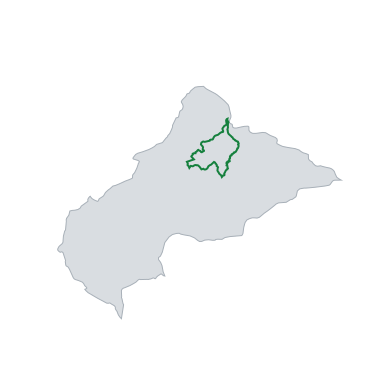 Ouadda, Haute-Kotto, Central African Republic shown in context, rotated 342°
{"feature_id": "33826404B85937091100445", "entity_name": "Ouadda", "entity_type": "district", "adm_level": 2, "iso_a3": "CAF", "parent_name": "Central African Republic", "parent_adm1": "Haute-Kotto", "projection": "mercator", "projection_center": [22.72, 8.057], "detail": "fine", "context": "in_parent", "style": "outline", "palette": "green", "viewbox_px": 384, "rotation_deg": 342, "n_neighbors": 0, "source": "geoboundaries", "source_scale": "gbopen_adm2", "svg_char_len": 6841}
<svg xmlns="http://www.w3.org/2000/svg" viewBox="0 0 384 384"><g transform="rotate(342 192 192)"><path d="M262.3,145.8L265.6,146.7L266.2,147.7L265.2,151.0L265.9,153.1L267.7,154.9L269.6,155.6L271.4,156.1L277.7,157.2L280.4,158.4L283.8,162.3L288.1,165.9L289.2,167.7L289.0,169.5L287.7,171.5L287.9,172.4L289.9,174.5L292.2,176.6L296.4,179.0L303.6,182.7L306.9,185.2L308.0,187.0L309.9,189.1L312.5,190.9L314.2,192.4L313.0,196.5L313.4,197.8L314.0,198.9L315.5,200.5L316.1,202.6L317.6,205.2L319.4,206.3L322.4,206.8L324.0,208.0L327.2,210.0L330.4,211.8L331.8,213.0L332.6,214.1L333.3,215.3L333.7,216.6L333.8,219.4L334.3,222.8L336.0,225.1L337.6,226.8L331.1,224.8L330.1,224.8L329.0,225.1L325.6,227.6L324.5,227.9L320.3,227.4L310.0,225.4L302.0,223.6L299.7,222.9L295.4,222.3L292.6,223.5L290.0,227.9L289.2,228.7L285.1,230.0L283.2,229.7L278.4,230.9L271.0,229.1L268.4,229.4L266.3,230.3L261.0,232.3L257.8,233.4L254.1,234.5L250.5,236.0L248.1,236.9L245.8,236.9L243.7,236.0L241.4,235.2L238.6,235.1L235.7,235.5L233.3,237.2L232.3,238.5L230.2,241.8L227.7,247.1L226.7,248.2L225.8,248.8L214.2,246.1L209.3,245.5L205.9,246.3L201.7,244.8L199.9,244.5L199.0,245.0L196.7,244.3L192.9,242.5L189.2,241.7L185.9,242.0L183.9,241.4L182.3,239.6L180.2,236.4L176.5,233.1L171.5,230.5L168.3,228.6L167.1,227.3L164.4,226.6L160.2,226.4L156.2,227.7L150.5,231.7L145.2,240.0L142.2,243.2L139.9,244.0L139.3,246.0L140.4,249.2L140.7,252.8L139.9,259.0L140.2,263.5L139.0,262.8L137.7,260.7L137.2,260.3L133.7,261.2L131.8,262.1L130.9,262.9L130.1,263.1L129.0,261.9L128.1,261.7L126.8,261.9L125.4,261.9L124.4,261.7L123.8,261.8L122.2,261.2L116.1,259.4L115.1,258.8L113.9,258.9L110.8,260.4L109.1,260.8L104.1,261.8L98.8,262.2L96.7,262.3L95.3,262.9L94.4,263.9L92.8,269.6L92.3,270.6L92.4,272.0L91.9,276.6L92.1,278.1L85.7,290.7L84.7,288.6L84.0,286.1L83.8,283.3L83.9,282.5L83.5,281.7L83.0,279.4L83.5,277.9L83.1,276.3L81.8,274.8L80.7,273.6L80.0,272.6L79.5,272.1L78.2,272.0L76.6,271.4L69.5,264.0L62.1,255.7L60.6,253.0L60.0,251.4L61.8,251.3L62.2,251.0L62.3,250.2L61.1,248.1L60.6,245.4L59.7,243.7L56.8,241.2L54.0,239.2L53.1,238.2L52.6,236.8L51.6,227.8L51.1,225.3L50.2,224.1L49.6,223.6L49.4,223.0L49.5,221.4L49.9,219.9L49.8,219.4L50.6,218.1L50.6,209.8L49.7,208.6L48.0,208.6L47.1,207.4L46.4,205.9L46.6,204.8L48.2,203.1L49.3,202.4L52.4,201.1L53.3,200.4L53.9,199.6L54.3,198.5L56.1,194.2L58.8,189.9L60.0,189.0L62.7,182.7L63.4,181.1L63.8,179.5L64.7,178.2L67.7,176.0L70.0,172.3L72.4,172.5L74.9,173.1L78.1,173.4L80.7,172.7L82.3,171.2L90.1,168.7L90.7,166.7L91.9,165.6L93.4,164.7L93.9,164.6L94.0,165.2L94.8,167.3L96.6,169.4L99.2,171.7L100.0,171.5L101.6,169.8L105.7,168.7L106.7,168.3L109.6,165.7L113.1,164.1L115.1,163.5L118.6,161.9L121.2,162.1L125.2,161.8L131.9,161.0L136.7,160.8L139.2,160.5L139.8,160.1L140.7,157.7L141.5,157.0L143.3,156.0L146.9,152.3L149.2,149.2L149.9,148.1L150.4,147.9L151.4,146.6L150.4,145.3L146.4,142.5L146.5,142.2L146.2,141.7L146.5,141.3L148.0,140.2L150.0,138.9L152.2,138.4L158.0,138.5L162.8,138.3L164.0,138.3L167.8,137.7L170.4,137.1L173.0,135.8L179.1,135.9L184.1,132.6L185.6,132.0L186.2,131.4L186.4,130.9L188.8,129.6L191.4,126.8L193.5,124.3L194.1,122.6L199.8,116.6L201.8,116.8L202.7,116.0L205.0,112.0L205.7,111.3L208.1,110.6L209.2,109.4L210.1,107.7L210.2,105.5L209.7,103.8L209.7,102.9L210.3,102.2L211.2,101.4L215.5,99.2L216.6,98.2L217.3,97.3L218.5,97.1L219.8,97.2L220.7,96.6L221.6,95.6L224.6,94.3L227.4,93.3L230.3,93.7L235.6,95.1L237.2,97.9L238.0,98.9L244.5,105.6L245.8,107.2L249.0,112.1L251.0,115.4L253.3,120.1L253.5,122.6L253.2,124.8L252.7,131.1L252.1,132.9L249.3,136.2L249.1,137.7L249.7,139.0L250.6,139.5L251.1,140.1L250.8,143.0L251.8,144.1L254.0,144.9L259.4,145.4L262.3,145.8Z" fill="#d9dde1" stroke="#a8b0b8" stroke-width="1"/><path d="M248.4,133.3L247.7,133.4L247.1,133.8L246.6,134.4L246.3,135.8L246.1,137.4L245.7,138.4L244.8,138.9L243.2,139.1L240.9,140.8L240.5,141.2L240.4,142.6L240.5,143.7L240.2,144.3L239.8,144.5L238.8,144.2L237.1,144.5L234.5,145.6L231.6,145.6L230.7,145.9L229.6,146.7L228.1,148.3L227.4,148.4L226.8,148.2L226.2,148.0L225.1,148.1L224.7,148.7L220.0,148.3L219.1,148.0L218.2,147.4L216.3,147.9L215.8,148.5L215.2,149.5L215.6,150.7L216.2,151.9L216.3,152.9L215.4,154.6L215.5,155.2L215.8,155.7L216.2,156.2L216.1,156.6L213.6,157.2L213.0,156.8L212.7,155.6L211.9,155.1L211.4,154.5L211.1,153.9L210.6,153.9L209.9,154.3L208.9,155.0L207.7,155.2L207.3,156.2L206.3,155.9L205.6,155.7L204.6,155.8L204.6,156.4L204.3,156.7L202.7,157.6L202.3,158.1L202.6,158.7L203.9,161.6L196.5,161.7L196.8,163.6L196.5,164.2L196.2,164.7L196.1,165.3L196.7,165.9L196.9,168.3L198.9,166.8L200.7,167.8L201.4,167.7L202.6,167.3L204.0,167.5L204.8,168.1L205.4,168.2L206.1,168.7L207.0,170.4L208.0,173.4L210.0,173.4L210.7,174.4L211.5,174.7L212.8,174.7L214.2,174.0L215.5,172.6L217.3,172.0L218.6,171.9L222.2,170.2L223.1,171.2L223.1,172.2L223.5,172.6L223.9,174.1L223.5,174.8L224.2,176.0L224.4,176.5L223.9,177.1L222.8,179.5L223.1,181.0L223.4,181.5L223.5,182.8L224.0,183.8L224.6,184.6L224.9,185.4L225.0,187.0L225.5,186.7L226.1,186.3L226.2,186.0L226.5,185.9L227.0,185.9L227.3,186.0L227.6,186.1L228.0,186.0L228.2,185.7L228.4,184.3L229.2,183.7L230.6,182.2L231.8,181.4L232.0,181.3L232.3,181.4L232.5,181.4L232.6,181.1L232.8,180.9L233.0,180.7L233.4,180.7L233.5,180.6L233.4,180.3L233.4,180.1L233.4,179.1L233.6,178.8L233.6,178.3L233.8,177.5L233.7,177.3L233.4,177.2L233.6,177.0L233.8,176.8L233.9,176.5L233.6,176.2L233.6,175.8L233.7,175.1L234.2,174.5L234.5,174.4L234.8,174.3L234.9,174.7L235.0,174.9L235.1,175.1L235.3,175.1L235.4,174.8L235.3,174.6L235.3,174.3L235.4,174.1L235.6,174.2L235.8,174.3L236.1,174.5L236.4,174.6L236.5,174.5L236.5,174.3L236.5,174.1L236.6,173.9L236.8,174.0L237.1,174.1L237.4,174.2L237.5,173.8L237.4,173.5L237.3,173.2L237.5,172.6L237.8,172.0L238.0,171.8L238.4,171.9L238.5,171.8L238.9,170.9L239.0,170.1L239.8,169.3L240.0,169.3L240.4,169.5L240.5,169.5L240.8,169.5L241.0,169.4L241.0,168.9L241.3,168.5L241.8,168.4L242.1,168.2L242.5,168.2L242.8,168.3L243.0,168.1L243.4,168.0L243.6,167.9L243.8,167.8L243.9,167.6L244.0,167.4L244.4,167.4L244.5,167.5L244.7,167.3L244.8,167.3L245.1,167.5L245.5,167.4L245.9,167.3L246.3,167.1L246.6,166.8L246.7,166.6L247.0,166.4L247.3,166.2L247.6,165.9L248.5,164.6L249.0,164.7L249.6,164.1L250.2,163.2L250.6,162.6L250.6,162.0L250.5,161.6L250.5,161.1L251.0,161.0L251.2,160.5L251.4,160.3L251.4,159.8L251.3,159.6L251.1,159.3L251.3,158.6L251.2,158.3L251.0,158.0L250.6,157.9L249.4,156.7L249.3,156.2L248.9,156.1L248.7,155.6L248.6,155.2L248.1,154.7L247.8,154.5L247.5,153.4L247.4,152.5L246.8,152.0L246.6,151.2L245.6,149.6L245.3,148.9L245.0,148.6L244.8,148.2L244.6,147.1L244.6,146.3L244.8,145.4L244.8,144.8L244.9,144.5L245.1,144.3L245.1,143.9L245.0,143.6L245.0,143.4L245.6,142.6L246.2,141.6L246.3,141.0L246.4,140.5L246.7,139.8L247.3,138.2L247.6,137.7L248.2,137.0L248.2,136.8L248.1,136.0L248.0,135.6L247.8,135.0L247.8,134.6L247.9,134.1L248.3,133.5L248.4,133.3Z" fill="none" stroke="#15803d" stroke-width="2"/></g></svg>